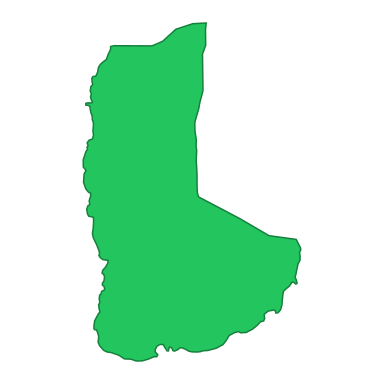 Gilman, Federated States of Micronesia (Natural Earth projection)
{"feature_id": "79324940B77190916627334", "entity_name": "Gilman", "entity_type": "district", "adm_level": 2, "iso_a3": "FSM", "parent_name": "Federated States of Micronesia", "parent_adm1": "", "projection": "natural_earth1", "projection_center": [138.059, 9.451], "detail": "fine", "context": "isolated", "style": "filled", "palette": "green", "viewbox_px": 384, "rotation_deg": 0, "n_neighbors": 0, "source": "geoboundaries", "source_scale": "gbopen_adm2", "svg_char_len": 2558}
<svg xmlns="http://www.w3.org/2000/svg" viewBox="0 0 384 384"><path d="M206.2,23.0L192.8,23.7L175.9,29.2L162.6,41.3L152.0,45.9L114.0,45.7L110.6,46.5L110.6,49.0L109.3,52.1L108.3,54.0L106.4,59.4L103.2,61.8L100.4,64.3L98.5,67.3L97.6,72.2L95.8,76.2L92.9,76.5L91.8,78.3L92.1,82.0L92.8,84.5L90.9,86.5L90.2,91.0L91.3,93.7L91.2,94.3L90.5,96.9L91.4,100.2L92.4,101.6L91.8,102.9L87.3,102.9L85.8,103.4L85.8,105.1L88.2,105.4L89.7,106.2L90.8,112.3L92.2,116.4L92.3,119.7L93.4,122.6L93.4,125.1L93.1,128.9L92.9,130.6L93.5,135.1L92.5,138.9L89.0,140.2L87.1,142.9L88.1,145.5L87.0,147.3L87.5,149.2L86.0,151.4L83.2,159.8L83.3,167.1L86.0,170.4L84.1,174.0L83.5,182.3L85.8,188.9L88.5,192.2L90.7,193.3L90.6,196.2L89.2,200.6L89.7,204.7L87.9,205.8L86.7,209.3L87.5,213.9L88.7,216.2L90.8,216.6L93.4,217.3L93.6,221.0L93.2,228.2L92.4,233.7L93.4,238.0L96.6,244.6L98.9,250.6L99.6,253.2L98.9,255.5L100.3,257.7L102.8,259.6L106.0,260.1L108.0,260.4L107.8,263.2L105.3,267.4L103.9,268.9L102.6,270.4L102.1,273.3L103.8,274.6L104.5,276.9L104.0,280.8L102.5,283.0L102.3,285.0L103.9,286.3L104.7,288.6L104.1,290.2L101.6,291.4L101.1,293.7L99.6,295.2L99.2,298.8L99.8,302.5L98.6,304.8L99.2,309.4L100.0,311.9L98.3,313.9L94.7,320.7L94.0,325.3L93.9,328.6L94.7,329.8L96.5,329.8L97.8,333.1L98.7,336.5L98.1,342.2L99.7,345.9L103.9,350.5L107.2,352.0L111.2,352.6L118.8,355.2L124.4,358.9L131.0,359.2L136.2,361.0L142.3,360.9L148.4,359.1L154.0,356.7L156.8,356.7L157.8,354.7L155.1,351.8L155.2,351.2L155.4,349.2L156.9,346.3L159.7,344.5L163.2,344.5L165.7,348.9L167.1,350.9L168.5,350.9L168.8,348.9L169.6,347.0L171.7,347.8L173.0,350.7L174.5,351.1L177.5,349.8L180.0,347.9L181.6,347.7L185.5,349.3L188.9,351.2L192.0,351.9L197.5,352.0L200.8,351.6L202.5,350.9L208.2,350.4L216.3,348.2L223.0,344.6L226.2,340.5L229.1,335.6L234.1,332.8L238.3,331.6L238.8,331.8L240.5,332.8L245.2,332.5L246.1,332.5L252.3,329.3L257.0,325.5L260.5,321.8L263.7,320.9L264.7,318.4L264.4,316.7L264.2,314.3L268.2,311.1L273.8,310.0L275.4,310.9L275.9,313.1L278.2,312.6L280.2,310.2L280.7,309.5L281.9,305.1L282.7,295.8L283.5,291.3L286.0,288.9L289.7,285.8L291.7,282.5L293.4,282.1L295.9,284.1L297.1,283.3L296.3,279.8L295.0,277.3L295.7,275.2L297.0,268.7L298.0,264.0L300.0,260.3L300.1,256.8L299.6,252.3L300.8,249.7L300.4,247.6L298.7,244.3L296.2,239.4L269.1,235.7L239.6,218.5L198.7,197.0L197.5,193.5L197.1,187.9L197.0,173.9L196.7,168.1L196.2,160.3L196.7,150.5L196.1,146.5L196.3,139.7L195.0,131.3L194.8,122.9L195.3,120.5L198.9,108.1L199.7,103.1L202.1,94.0L203.0,90.4L202.5,54.0L205.7,45.3L205.5,29.4L206.2,23.0Z" fill="#22c55e" stroke="#15803d" stroke-width="1.5"/></svg>